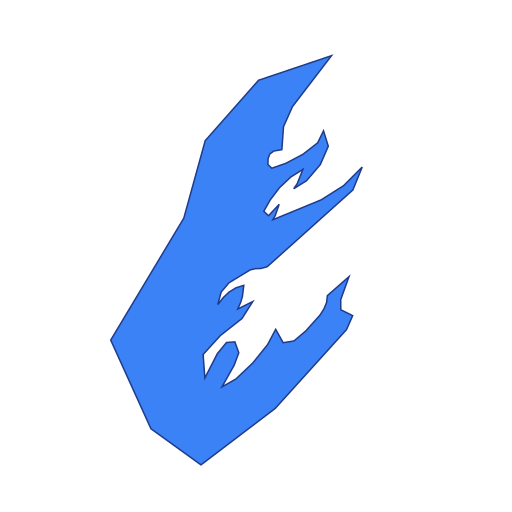 an SVG outline of Reykjavík, rotated 133°
{"feature_id": "ISL-5131", "entity_name": "Reykjavík", "entity_type": "Region", "adm_level": 1, "iso_a3": "ISL", "parent_name": "Iceland", "parent_adm1": "", "projection": "equal_earth", "projection_center": [-21.878, 64.139], "detail": "fine", "context": "isolated", "style": "filled", "palette": "blue", "viewbox_px": 512, "rotation_deg": 133, "n_neighbors": 0, "source": "natural_earth", "source_scale": "10m", "svg_char_len": 1141}
<svg xmlns="http://www.w3.org/2000/svg" viewBox="0 0 512 512"><g transform="rotate(133 256 256)"><path d="M58.0,337.4L121.9,331.2L142.6,324.1L160.6,309.6L167.0,314.5L172.0,315.5L176.5,313.6L181.0,309.6L181.0,304.3L167.9,297.4L149.4,291.0L131.2,288.1L118.4,292.0L126.4,278.0L145.3,271.3L166.5,270.4L181.1,274.3L175.0,275.2L160.6,280.8L174.5,284.4L189.9,285.4L205.0,283.9L218.0,280.8L218.0,274.3L202.4,274.3L213.3,269.5L218.0,268.4L170.6,246.7L144.8,239.9L118.5,239.0L141.6,230.2L256.3,240.5L261.9,244.0L265.8,247.9L270.2,250.8L294.0,257.5L306.1,256.9L317.6,250.8L308.9,251.6L300.7,251.1L293.0,249.0L285.8,244.9L294.9,238.3L300.6,235.5L307.2,233.2L291.5,227.3L311.3,223.6L338.3,227.8L348.6,227.7L364.1,227.5L380.1,210.2L353.7,217.7L339.4,218.6L333.2,212.9L338.5,202.6L350.7,197.5L374.9,191.6L359.5,186.8L336.4,185.4L312.9,187.1L296.2,191.6L300.9,177.0L292.2,170.3L277.0,168.5L255.7,168.9L248.5,170.2L241.8,172.7L236.3,176.8L207.7,173.9L230.1,164.3L237.5,157.3L233.7,144.6L248.1,139.6L354.4,138.0L446.3,153.8L454.0,215.0L416.6,304.9L277.6,334.6L206.3,371.8L125.7,374.0L58.0,337.4Z" fill="#3b82f6" stroke="#1e3a8a" stroke-width="1.5"/></g></svg>